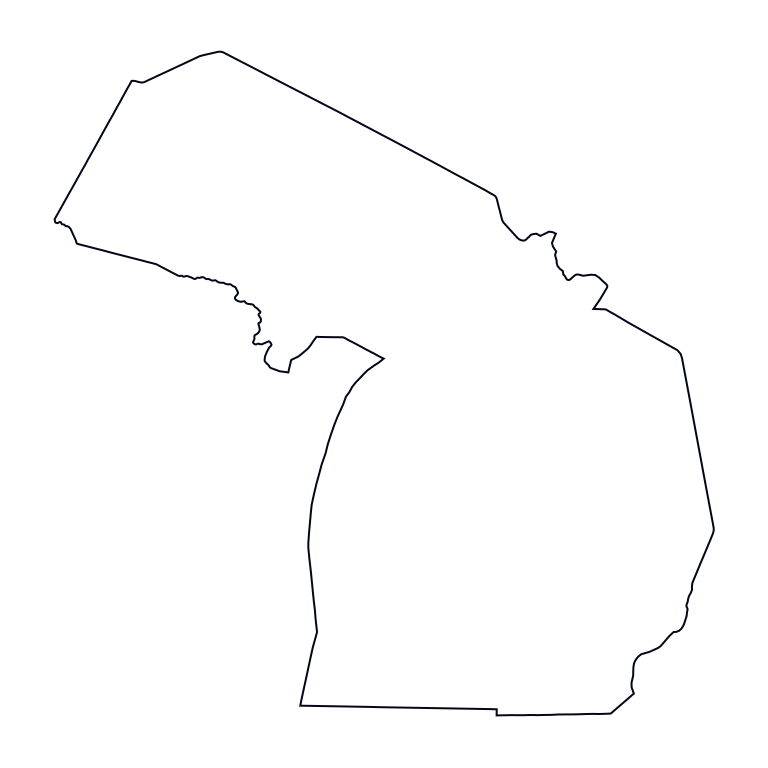 outline of Michigan, rotated 1°
{"feature_id": "USA-3562", "entity_name": "Michigan", "entity_type": "State", "adm_level": 1, "iso_a3": "USA", "parent_name": "United States of America", "parent_adm1": "", "projection": "robinson", "projection_center": [-86.829, 45.001], "detail": "fine", "context": "isolated", "style": "outline", "palette": "ink", "viewbox_px": 768, "rotation_deg": 1, "n_neighbors": 0, "source": "natural_earth", "source_scale": "10m", "svg_char_len": 6074}
<svg xmlns="http://www.w3.org/2000/svg" viewBox="0 0 768 768"><g transform="rotate(1 384 384)"><path d="M126.4,85.3L129.3,85.3L135.2,86.7L137.0,86.8L138.9,86.4L146.4,82.7L158.3,76.9L183.1,64.8L194.1,59.4L199.1,58.0L212.6,54.7L215.1,54.6L217.4,55.2L232.1,62.5L261.6,77.1L276.3,84.4L291.1,91.7L305.9,99.0L320.7,106.3L335.5,113.6L343.7,117.8L352.0,122.0L360.3,126.2L368.6,130.4L376.9,134.6L401.8,147.2L411.7,152.3L431.6,162.5L451.4,172.8L461.4,177.9L471.4,183.1L481.3,188.2L482.6,188.9L483.9,189.6L485.2,190.4L486.5,191.1L487.8,191.8L489.1,192.5L490.4,193.2L491.7,194.0L492.9,195.5L493.7,197.6L495.2,203.3L496.8,209.0L499.2,217.8L500.3,220.1L506.7,226.9L515.1,235.8L517.0,237.2L519.0,238.0L521.3,238.2L522.9,237.6L524.0,236.7L525.0,235.5L526.4,234.4L528.3,232.2L531.0,231.4L533.9,231.1L537.7,233.2L542.7,230.7L546.3,228.8L550.2,229.3L553.2,230.7L549.5,240.0L550.4,243.3L551.9,245.7L553.8,248.4L553.3,250.4L552.8,251.8L553.2,253.6L553.8,255.5L554.5,258.0L554.5,259.4L554.7,260.6L555.5,263.0L558.0,265.9L560.8,267.9L561.4,271.4L561.9,271.8L562.9,272.9L564.5,275.6L565.5,276.6L566.9,276.9L568.2,276.3L572.7,272.2L574.0,271.4L575.4,271.1L577.1,271.3L581.2,272.3L589.3,271.1L593.4,271.4L597.3,273.9L601.9,278.2L603.2,279.2L604.7,280.6L605.6,282.1L605.4,283.6L602.0,289.6L598.4,295.8L592.1,305.3L604.3,305.5L614.4,311.0L627.3,318.4L641.9,326.3L676.8,345.1L680.1,348.8L681.5,352.9L690.1,394.7L694.4,415.8L698.7,436.9L703.0,458.0L707.3,479.1L716.0,521.3L716.2,522.4L716.2,524.8L715.6,527.5L713.2,533.7L710.7,540.0L705.7,552.5L703.2,558.7L698.3,571.2L695.8,577.5L695.4,580.9L695.6,584.3L694.4,587.5L692.6,590.8L691.7,594.3L691.5,596.3L690.4,599.2L690.2,600.9L691.2,602.9L691.4,603.7L691.4,604.7L691.0,606.6L690.6,610.8L688.4,618.1L687.3,620.8L685.4,623.7L683.3,625.6L680.7,626.7L677.8,627.0L673.8,630.9L665.3,641.1L662.7,643.1L653.8,647.3L645.9,649.7L642.7,652.4L640.3,655.7L638.9,658.9L638.3,662.9L638.2,671.4L636.7,678.3L636.9,683.0L639.2,689.2L616.4,709.6L604.8,710.2L597.9,710.2L590.8,710.5L584.6,710.8L577.4,711.1L571.0,711.2L563.9,711.4L557.0,711.9L550.1,712.1L543.6,712.4L536.6,712.4L529.7,712.7L522.9,712.8L515.9,712.9L502.4,713.4L502.4,707.3L496.8,707.2L484.1,707.2L471.4,707.2L465.1,707.2L458.7,707.2L446.0,707.2L439.7,707.2L433.4,707.2L420.7,707.2L408.0,707.2L395.3,707.2L388.9,707.2L382.6,707.2L376.2,707.1L369.9,707.1L363.5,707.1L344.5,707.1L331.8,707.1L319.1,707.1L312.7,707.1L306.4,707.1L305.9,707.1L307.2,699.9L309.2,689.8L311.7,677.4L313.7,667.1L315.5,658.0L317.4,648.7L321.4,633.2L319.7,620.1L319.0,612.5L317.6,602.2L316.5,593.1L315.4,583.5L313.9,570.9L312.3,558.9L311.2,549.1L311.1,544.5L311.6,535.0L312.3,525.0L313.2,512.8L313.8,505.9L316.0,495.0L318.1,485.3L320.7,475.2L323.1,465.5L326.8,454.3L328.8,445.5L331.8,435.5L335.0,425.8L338.2,417.3L343.5,405.2L346.1,397.5L349.6,392.6L352.2,387.5L355.7,382.9L360.4,377.9L363.5,374.4L367.4,370.5L373.4,366.0L378.2,362.8L383.3,358.6L380.4,357.3L377.8,356.0L375.5,354.8L372.9,353.4L370.1,352.1L367.6,350.8L364.9,349.5L359.9,346.8L357.2,345.5L354.6,344.1L352.0,342.8L348.9,341.4L343.8,338.6L342.1,338.0L329.4,338.1L320.6,338.1L315.7,338.0L312.6,342.3L309.8,346.7L307.2,350.0L303.5,353.3L298.1,357.9L290.8,361.6L289.2,368.8L288.1,374.1L283.9,373.6L279.5,373.1L275.2,371.6L270.6,370.0L269.3,369.0L269.1,368.5L268.7,367.8L267.9,366.9L266.0,365.2L264.8,363.8L264.3,362.9L264.2,362.2L264.5,359.0L264.8,357.8L266.4,353.8L268.4,349.8L269.1,349.0L270.3,347.8L270.7,347.1L270.8,346.6L270.6,346.1L270.1,345.2L269.5,344.3L269.0,343.8L268.5,343.5L267.9,343.4L267.4,343.6L261.5,346.3L261.0,346.4L260.3,346.5L259.7,346.4L257.8,345.9L257.2,345.9L256.7,346.1L255.7,346.6L255.1,346.7L254.3,346.5L253.1,345.8L252.6,345.2L252.4,344.6L252.5,344.0L253.5,341.8L253.6,341.2L253.7,340.4L253.5,339.1L253.6,338.3L253.8,337.7L254.1,337.4L256.8,335.6L257.2,335.3L257.5,334.8L258.1,333.9L258.6,332.9L258.7,332.4L258.8,332.1L258.8,331.4L258.1,328.3L257.4,326.3L257.5,325.4L257.9,325.0L258.4,324.9L258.9,324.7L259.3,324.4L259.6,323.8L259.8,323.0L259.8,321.6L259.7,320.9L259.4,320.3L258.0,318.3L257.5,317.3L257.4,316.6L257.6,316.0L258.5,315.4L258.9,315.0L259.1,314.5L259.1,314.2L259.0,313.9L258.5,313.3L257.4,312.3L256.4,311.1L255.6,310.5L253.7,309.3L253.3,308.9L252.4,307.7L252.0,307.3L251.6,307.0L251.1,306.8L250.4,306.6L247.0,306.3L245.6,306.0L245.1,305.7L244.7,305.4L244.3,305.1L243.4,304.0L243.2,303.8L242.8,303.7L242.3,303.7L240.7,304.1L239.4,304.3L238.8,304.2L237.4,303.9L236.2,303.5L235.1,302.9L234.4,302.4L233.7,301.5L233.5,300.7L233.5,300.1L233.7,299.6L234.0,299.1L235.8,297.0L236.1,296.5L236.4,296.0L236.4,295.1L236.1,294.4L234.1,290.4L233.5,289.7L232.7,289.3L231.5,288.8L231.0,288.6L228.9,287.1L228.3,286.9L227.7,286.9L226.5,287.1L225.8,287.1L225.2,287.0L223.8,286.6L222.4,285.9L221.8,285.6L221.1,285.6L218.3,285.5L217.0,285.3L216.5,285.1L214.5,283.7L213.8,283.3L213.1,283.2L211.4,283.6L210.7,283.6L210.0,283.5L207.2,282.2L206.6,282.0L206.0,282.0L205.5,282.2L204.9,282.2L204.1,282.0L202.8,281.1L201.9,280.6L201.1,280.4L200.5,280.3L199.9,280.4L199.3,280.5L198.3,281.0L197.8,281.1L197.1,281.1L196.6,281.0L196.0,280.9L195.4,281.0L193.7,282.2L193.0,282.3L192.1,282.1L189.4,280.8L187.6,280.3L186.4,279.8L185.5,279.5L184.8,279.5L184.2,279.5L182.5,280.1L181.9,280.1L181.1,280.0L180.5,279.5L179.9,279.3L179.4,279.3L178.2,279.5L177.6,279.5L176.5,279.4L169.9,276.1L160.5,271.4L155.8,269.0L154.2,268.2L151.3,267.5L150.5,267.3L144.5,265.9L139.7,264.7L127.8,261.9L121.1,260.3L107.2,257.0L100.5,255.3L94.2,253.8L88.6,252.5L83.8,251.3L80.2,250.5L77.0,249.7L74.8,249.1L74.3,248.7L74.1,248.2L73.5,246.2L70.2,239.2L68.1,234.7L67.2,233.5L66.1,232.5L65.4,232.0L64.6,231.8L63.8,231.7L62.9,231.5L62.2,231.0L61.5,230.3L60.7,230.1L59.2,229.8L58.8,229.4L58.0,227.9L57.4,227.7L56.9,227.7L55.5,228.5L54.9,228.7L54.2,228.7L53.3,228.6L52.8,228.3L52.5,227.9L52.2,226.9L51.8,225.0L52.6,223.5L54.9,219.3L57.2,215.0L66.3,198.0L70.9,189.5L77.7,176.8L82.3,168.3L84.5,164.0L89.1,155.5L91.4,151.1L93.8,146.7L98.4,137.9L105.4,124.8L107.8,120.4L110.1,116.0L112.4,111.6L114.8,107.2L117.1,102.8L121.7,94.0L124.1,89.6L126.4,85.3Z" fill="none" stroke="#020617" stroke-width="2"/></g></svg>